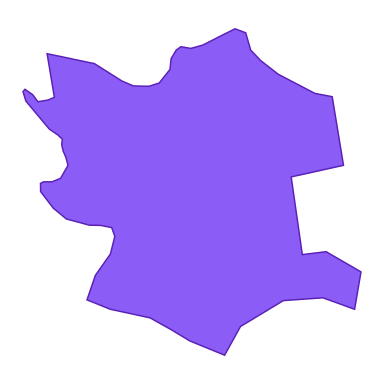 an SVG outline of Iecavas
{"feature_id": "LVA-5736", "entity_name": "Iecavas", "entity_type": "Municipality", "adm_level": 1, "iso_a3": "LVA", "parent_name": "Latvia", "parent_adm1": "", "projection": "mercator", "projection_center": [24.152, 56.602], "detail": "fine", "context": "isolated", "style": "filled", "palette": "violet", "viewbox_px": 384, "rotation_deg": 0, "n_neighbors": 0, "source": "natural_earth", "source_scale": "10m", "svg_char_len": 837}
<svg xmlns="http://www.w3.org/2000/svg" viewBox="0 0 384 384"><path d="M235.0,28.8L245.7,32.8L250.7,50.1L260.7,60.6L278.3,74.3L314.9,93.4L332.2,96.7L343.5,165.3L291.2,176.9L302.3,254.6L326.1,251.7L361.0,271.9L354.6,309.3L322.9,297.8L283.3,300.6L240.5,326.5L224.6,355.2L189.7,340.9L170.7,329.4L150.1,317.9L110.4,309.3L87.0,299.9L95.4,275.3L110.4,254.0L114.8,236.4L111.7,227.6L100.7,225.4L89.4,225.2L66.4,219.0L53.3,208.2L40.6,191.6L40.5,183.4L43.7,181.8L52.0,181.8L60.6,178.3L68.0,165.3L66.0,157.7L63.1,150.9L61.7,144.7L62.3,139.2L58.0,135.1L49.3,129.1L25.9,101.1L23.0,91.6L25.0,89.3L32.8,94.8L37.9,101.7L47.7,100.1L54.4,97.3L47.1,53.7L94.4,63.6L121.7,80.9L133.3,85.9L148.8,86.3L159.2,83.0L170.0,69.4L171.1,58.7L176.2,50.1L180.9,46.7L190.8,48.4L202.5,45.2L221.4,35.6L235.0,28.8Z" fill="#8b5cf6" stroke="#5b21b6" stroke-width="1.5"/></svg>